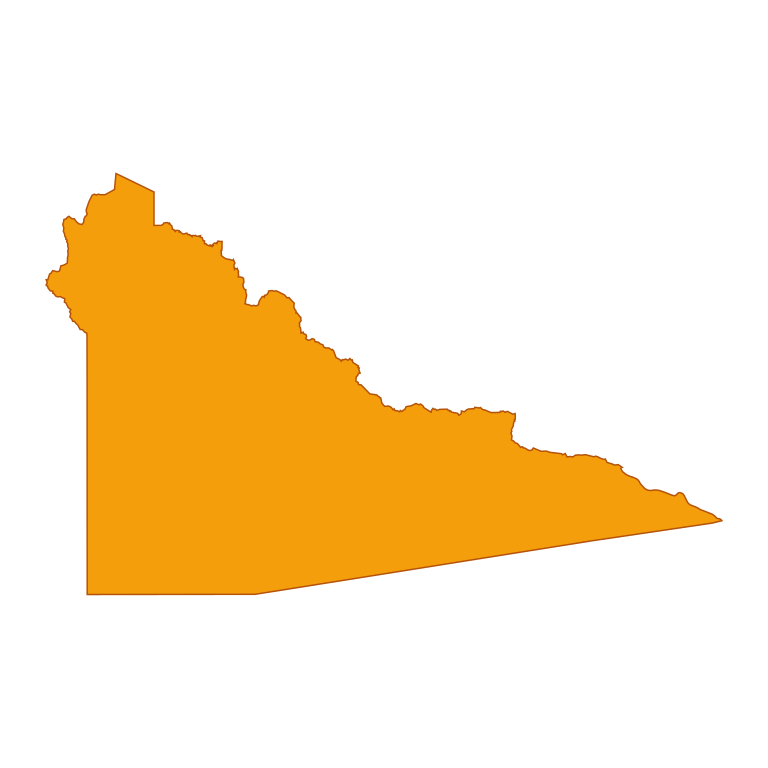 the district of Kagua/Erave District, Southern Highlands, Papua New Guinea
{"feature_id": "67681753B36334387735216", "entity_name": "Kagua/Erave District", "entity_type": "district", "adm_level": 2, "iso_a3": "PNG", "parent_name": "Papua New Guinea", "parent_adm1": "Southern Highlands", "projection": "natural_earth1", "projection_center": [144.087, -6.522], "detail": "fine", "context": "isolated", "style": "filled", "palette": "amber", "viewbox_px": 768, "rotation_deg": 0, "n_neighbors": 0, "source": "geoboundaries", "source_scale": "gbopen_adm2", "svg_char_len": 5450}
<svg xmlns="http://www.w3.org/2000/svg" viewBox="0 0 768 768"><path d="M154.0,192.0L116.0,173.5L114.5,189.5L105.1,194.7L100.7,194.7L98.4,194.2L96.3,195.0L94.4,194.2L92.2,195.2L90.2,199.1L88.8,202.1L86.2,209.8L86.4,212.1L87.2,213.4L86.4,215.7L85.2,216.4L83.9,219.2L83.8,222.0L82.1,224.5L78.8,223.8L76.2,221.5L74.4,218.9L71.7,218.6L68.9,216.3L67.0,217.5L66.5,218.7L63.9,219.5L63.7,221.3L62.8,224.6L63.8,227.8L63.4,231.5L64.4,233.5L65.0,236.7L65.8,237.4L65.8,239.2L67.1,240.2L66.7,241.8L67.8,243.5L67.7,246.2L68.5,248.6L67.8,250.7L68.1,255.2L67.5,257.3L67.3,263.0L65.2,264.4L63.5,265.2L60.9,265.8L59.5,271.0L57.1,271.7L52.7,270.6L51.0,273.2L49.6,274.0L47.8,279.8L46.2,279.7L47.3,283.0L46.1,284.7L46.4,285.7L47.6,286.0L48.0,287.9L50.3,290.9L52.9,291.2L52.8,293.2L53.9,293.6L55.9,296.2L57.4,296.8L60.7,296.7L62.6,297.9L64.8,298.6L64.4,302.2L66.0,303.0L68.2,307.6L70.8,309.6L69.6,311.8L70.8,313.5L69.9,316.9L71.8,319.1L72.7,321.3L74.4,321.3L76.1,323.6L77.7,324.9L80.2,329.6L82.4,329.6L84.6,332.1L86.8,333.2L87.0,336.8L87.1,381.3L87.2,594.5L255.0,594.3L320.8,583.9L591.8,540.8L712.6,523.0L721.9,520.7L721.1,519.7L719.8,518.9L718.8,518.6L717.7,518.6L716.7,518.1L715.9,517.3L715.9,517.2L715.0,516.2L712.2,514.2L699.9,509.4L698.1,508.1L697.8,508.1L696.7,507.4L694.0,506.3L693.6,506.3L692.1,505.5L691.7,505.5L689.9,504.6L688.9,503.8L687.6,502.4L683.9,495.0L682.9,493.9L682.2,493.4L681.5,493.1L680.1,492.7L679.0,492.7L677.8,493.2L676.4,494.8L675.0,495.7L674.0,495.7L671.2,494.9L666.9,493.1L665.9,492.9L665.1,492.4L663.8,492.1L663.4,491.8L658.7,490.3L656.0,490.0L654.6,490.0L654.4,490.2L654.2,490.1L653.4,490.1L651.9,490.4L649.9,490.5L647.3,490.0L645.3,488.9L643.9,487.7L640.5,483.9L639.1,481.3L637.5,479.4L637.3,479.4L636.7,478.9L633.3,477.4L632.9,477.4L632.1,476.9L630.3,476.5L626.9,474.9L624.7,473.5L623.7,472.5L623.3,472.4L622.1,471.0L620.8,468.5L621.7,467.4L622.1,467.3L618.2,464.6L614.7,465.1L612.0,463.9L607.1,462.5L605.3,459.0L603.7,459.4L600.4,458.2L597.1,456.5L595.4,456.2L594.0,456.8L585.5,454.7L581.1,455.1L578.0,454.9L575.3,455.2L572.9,456.9L570.1,456.5L567.1,456.9L565.2,453.5L562.6,454.8L561.5,453.7L549.8,452.3L546.5,451.1L541.1,451.3L533.3,448.0L532.0,450.0L529.4,450.6L526.9,449.3L525.0,448.1L523.4,447.9L522.8,446.9L521.6,446.9L520.7,447.4L517.4,443.5L515.3,443.0L514.0,441.3L511.5,440.0L512.0,436.0L511.0,433.2L511.8,431.3L511.4,429.7L513.2,426.1L513.8,421.9L515.0,421.0L514.3,419.7L515.2,419.2L515.3,416.4L515.1,413.5L512.9,414.3L507.6,411.4L505.9,411.8L505.2,412.4L503.1,411.0L501.5,411.5L500.4,411.2L499.8,412.4L491.1,412.6L484.7,409.9L482.8,409.7L480.4,407.5L479.7,408.0L474.8,407.3L474.0,408.7L468.5,409.0L466.5,409.9L464.4,411.8L461.4,411.0L461.2,413.7L458.8,415.3L457.7,413.3L451.7,412.2L450.6,410.9L449.8,411.4L449.0,410.2L448.2,410.4L447.3,409.2L445.5,409.2L439.5,409.4L436.9,410.4L435.6,409.2L434.6,409.4L433.1,408.3L431.6,410.1L431.0,412.2L424.0,407.7L422.8,405.7L420.5,404.0L419.0,404.8L415.9,403.5L410.9,405.9L406.2,406.6L404.7,409.5L402.7,410.6L401.8,411.5L400.3,410.5L399.6,411.8L397.5,410.8L395.1,410.6L394.1,408.8L393.1,409.8L391.2,407.3L388.6,406.0L384.7,406.4L381.9,403.2L380.7,397.8L379.5,397.5L379.0,396.6L377.7,396.0L376.8,394.9L369.9,393.9L361.0,384.8L358.6,384.6L358.1,382.4L355.8,381.1L356.3,376.6L357.5,375.8L358.5,373.4L360.1,373.1L358.8,369.6L359.3,368.0L357.8,367.5L358.5,366.0L352.9,362.5L352.4,360.1L351.9,360.5L349.9,358.5L348.1,360.3L345.8,359.1L343.1,359.9L342.3,359.6L341.3,361.2L340.0,359.7L336.1,357.6L334.4,353.0L333.5,350.6L332.4,349.5L331.9,349.9L329.9,348.8L328.9,348.0L325.7,347.9L323.7,347.0L322.9,344.8L320.3,343.9L318.3,342.2L315.0,341.6L314.4,339.4L312.1,338.6L310.5,339.8L308.2,340.3L305.7,338.6L306.6,336.4L305.9,334.6L303.6,333.6L303.1,332.1L301.0,333.1L300.8,329.8L300.2,327.2L299.4,326.3L299.7,324.1L299.3,323.1L301.1,320.6L300.8,319.2L300.9,317.5L299.8,316.5L299.0,315.5L297.0,312.9L296.0,313.0L296.1,311.2L294.8,309.4L293.8,306.9L294.1,303.8L294.2,303.1L291.3,300.3L289.1,297.6L287.0,297.8L284.5,294.9L280.5,292.9L276.3,290.8L274.4,291.2L271.9,290.6L268.6,291.0L268.3,292.7L266.7,294.8L264.7,295.3L264.3,297.2L263.0,296.3L261.8,297.1L259.5,300.6L258.7,303.0L258.3,305.0L256.0,305.9L253.3,305.3L251.8,306.0L248.5,304.6L247.6,304.6L245.0,303.7L245.5,302.0L245.7,299.2L246.2,297.8L246.6,295.1L245.7,291.9L246.0,290.0L244.2,289.0L243.2,286.7L242.9,284.0L243.9,282.6L243.5,278.3L242.0,277.3L238.2,276.8L238.7,275.0L238.2,273.0L238.6,271.7L237.1,268.3L236.3,268.9L235.1,268.3L234.5,269.2L233.8,265.0L234.9,263.1L233.4,259.6L233.0,260.3L230.7,259.9L229.4,259.3L228.4,259.3L226.1,258.9L224.4,257.9L223.6,257.4L221.4,255.6L221.4,254.1L221.1,251.2L221.8,250.3L221.2,250.1L222.0,248.4L222.0,245.0L222.1,241.4L219.9,241.5L218.7,241.1L217.8,241.2L217.4,242.3L216.6,242.7L216.8,243.5L216.1,243.3L214.3,243.1L212.3,245.0L213.2,245.5L212.1,246.6L210.7,245.2L210.2,245.0L210.2,246.0L207.0,245.0L206.4,244.0L204.5,243.6L204.5,240.9L203.2,240.7L202.1,237.6L201.0,237.4L200.7,236.9L199.7,236.7L200.3,235.7L197.1,236.4L195.3,235.3L194.7,235.7L192.1,235.5L192.0,236.6L190.3,235.3L189.8,234.7L189.2,235.0L188.8,234.5L187.7,234.6L187.1,233.3L186.1,233.2L185.1,233.7L182.9,234.0L180.8,232.5L180.5,231.8L179.3,232.2L179.2,230.7L177.9,230.4L175.8,230.4L175.2,231.4L173.8,229.6L172.4,229.2L171.9,226.1L170.8,225.1L169.5,223.1L168.9,223.8L167.7,222.6L165.7,222.7L163.9,223.0L163.2,223.9L163.1,224.5L162.5,224.7L161.1,225.4L159.8,225.4L154.0,225.4L154.0,192.0Z" fill="#f59e0b" stroke="#b45309" stroke-width="1.5"/></svg>